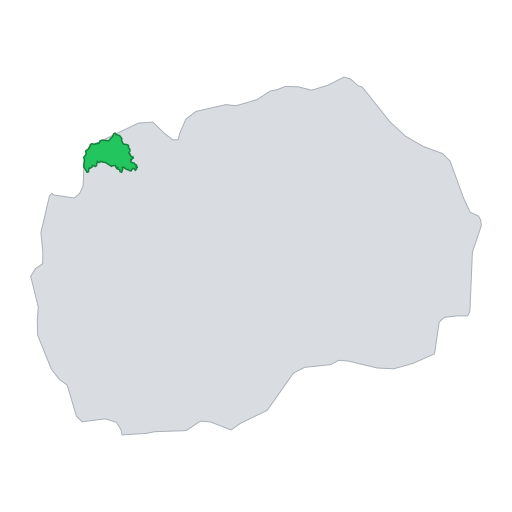 Tetovo, Tetovo, North Macedonia shown in context
{"feature_id": "65306769B82420997238505", "entity_name": "Tetovo", "entity_type": "district", "adm_level": 2, "iso_a3": "MKD", "parent_name": "North Macedonia", "parent_adm1": "Tetovo", "projection": "orthographic", "projection_center": [20.883, 42.045], "detail": "fine", "context": "in_parent", "style": "filled", "palette": "green", "viewbox_px": 512, "rotation_deg": 0, "n_neighbors": 0, "source": "geoboundaries", "source_scale": "gbopen_adm2", "svg_char_len": 2788}
<svg xmlns="http://www.w3.org/2000/svg" viewBox="0 0 512 512"><path d="M226.2,104.6L235.9,105.8L257.0,99.6L270.1,91.1L276.7,89.8L285.6,86.4L298.4,86.8L311.5,90.2L327.9,85.2L344.0,77.1L350.6,79.0L357.7,85.5L362.4,87.2L390.0,121.9L405.0,135.8L422.7,146.2L442.8,153.7L450.1,161.1L463.6,198.2L470.1,212.2L478.6,216.2L480.8,220.3L481.3,225.7L472.4,252.2L469.9,311.1L467.6,315.9L457.6,315.8L444.2,317.4L439.2,322.1L434.5,353.8L413.2,363.3L393.7,368.8L377.2,368.0L348.1,361.0L338.7,360.3L330.6,364.7L304.8,367.3L293.5,373.0L267.2,410.3L240.3,423.4L231.1,429.9L210.3,421.9L200.4,421.1L186.1,430.6L154.7,431.7L146.2,433.4L122.0,434.9L121.0,429.8L116.5,422.3L105.2,418.8L82.1,421.8L76.5,416.3L67.1,384.9L59.7,379.8L51.4,369.2L37.6,335.0L37.3,320.0L38.3,307.0L30.7,276.3L35.5,268.6L42.7,263.7L42.8,251.4L40.9,232.6L49.5,195.9L51.8,193.2L54.0,195.0L74.4,198.0L79.7,193.3L83.1,186.1L84.2,159.2L89.1,146.7L138.4,123.1L152.8,122.1L164.0,133.0L172.8,139.9L178.1,139.7L180.0,132.6L185.9,119.1L196.0,111.4L225.9,104.6L226.2,104.6Z" fill="#d9dde1" stroke="#a8b0b8" stroke-width="1"/><path d="M121.6,172.3L122.8,169.2L122.2,167.5L124.4,167.3L124.6,168.2L127.0,169.6L128.9,170.0L129.9,170.8L131.3,170.8L131.5,169.8L132.9,168.3L134.0,168.6L135.3,170.3L136.6,168.9L136.2,167.9L137.3,167.3L136.8,166.3L136.1,166.1L136.5,165.1L134.9,164.2L134.4,163.3L130.9,162.1L130.8,159.7L131.4,160.0L132.7,158.0L133.2,158.0L132.9,157.0L132.6,157.3L130.4,155.5L129.7,154.3L130.0,154.0L129.0,153.3L128.8,152.6L129.9,151.2L129.9,149.3L128.4,147.4L128.6,146.1L127.8,144.8L123.3,144.0L121.5,140.2L121.9,138.7L119.9,135.9L118.5,135.1L116.5,134.8L115.3,133.2L114.2,133.4L113.8,133.7L113.3,134.5L113.3,134.9L112.6,136.5L111.5,137.7L110.5,138.5L109.8,139.6L109.6,139.8L109.0,140.4L108.8,140.5L108.6,140.7L108.3,140.8L107.6,140.8L107.3,140.7L107.2,140.6L105.4,140.4L105.0,140.4L104.7,140.4L103.0,140.2L102.0,140.2L100.2,140.8L99.9,141.3L99.7,141.8L98.9,143.2L98.4,143.3L97.7,143.5L96.6,143.6L95.8,143.8L95.1,144.0L94.7,144.1L93.1,144.1L92.6,143.9L92.2,143.8L91.9,143.8L91.7,143.8L91.3,143.9L90.2,144.9L90.1,145.7L90.1,145.9L89.8,146.9L88.8,148.4L87.9,149.4L87.5,149.8L86.7,150.2L86.1,150.6L85.9,150.8L85.7,151.2L85.7,151.9L85.8,152.1L86.0,152.5L86.2,153.3L86.2,154.2L85.4,155.1L85.1,155.6L84.8,156.1L83.9,157.1L83.8,157.4L83.8,157.7L84.1,158.7L84.5,159.9L84.3,161.4L84.1,162.9L83.9,164.3L83.8,165.6L83.8,166.7L84.0,167.5L84.6,168.1L85.6,169.7L86.5,171.3L86.9,172.2L87.0,172.3L88.5,171.8L89.0,168.2L90.3,168.2L92.0,167.1L92.6,165.4L95.4,166.5L96.6,165.5L96.7,163.2L97.5,162.4L97.5,161.6L98.1,162.3L99.3,162.6L100.9,161.3L102.9,162.2L105.3,162.4L111.5,166.4L112.4,165.7L115.4,165.5L115.7,167.0L116.7,167.1L116.6,168.1L117.7,167.9L117.4,169.0L119.7,169.7L120.0,171.6L121.6,172.3Z" fill="#22c55e" stroke="#15803d" stroke-width="1.5"/></svg>